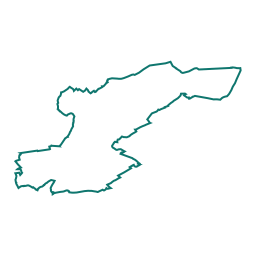 Beekdaelen, Limburg, Netherlands
{"feature_id": "6326949B16660020709385", "entity_name": "Beekdaelen", "entity_type": "district", "adm_level": 2, "iso_a3": "NLD", "parent_name": "Netherlands", "parent_adm1": "Limburg", "projection": "robinson", "projection_center": [5.879, 50.935], "detail": "fine", "context": "isolated", "style": "outline", "palette": "teal", "viewbox_px": 256, "rotation_deg": 0, "n_neighbors": 0, "source": "geoboundaries", "source_scale": "gbopen_adm2", "svg_char_len": 5512}
<svg xmlns="http://www.w3.org/2000/svg" viewBox="0 0 256 256"><path d="M20.4,153.1L21.1,153.5L20.7,154.3L20.2,154.9L19.6,155.0L19.3,155.7L19.1,157.7L19.7,159.7L16.1,160.8L15.4,161.3L17.9,164.4L20.9,167.5L19.9,167.8L17.5,169.1L17.4,169.2L19.7,169.2L20.3,169.4L20.7,169.6L20.8,169.8L21.2,170.7L21.4,171.9L22.1,172.8L21.4,173.7L20.2,175.0L19.2,172.7L15.4,173.3L15.7,173.9L16.1,175.1L16.4,175.8L16.4,176.0L16.4,176.5L15.9,178.7L15.5,179.6L15.5,179.9L15.6,180.6L15.8,181.9L15.9,182.1L16.2,182.4L16.0,182.6L16.0,182.8L16.7,184.7L17.2,185.3L18.1,187.3L18.5,188.0L19.0,187.6L21.0,186.3L22.0,186.1L23.9,185.9L23.9,186.1L25.6,185.9L27.5,185.4L28.4,185.4L29.0,185.6L30.6,186.4L32.5,187.6L33.1,187.2L33.4,187.4L34.2,188.1L35.0,188.6L35.4,188.9L35.6,189.2L35.7,189.5L37.5,190.3L37.7,189.8L37.5,189.7L38.5,188.5L38.4,188.5L39.5,187.5L40.7,186.9L42.3,186.5L42.6,186.3L43.2,185.8L43.4,185.6L43.6,185.2L43.9,185.3L44.3,185.1L44.7,184.4L45.1,184.0L45.2,183.8L45.9,183.3L47.0,182.8L47.2,182.5L48.6,181.4L51.1,180.0L54.6,180.8L54.0,182.1L52.5,184.4L51.8,185.6L50.7,187.9L50.7,188.7L51.0,189.7L50.9,190.6L51.1,191.2L51.7,192.1L51.8,192.1L51.9,192.3L52.2,192.5L52.4,192.5L53.0,192.1L53.3,192.2L52.7,193.5L52.7,194.2L53.2,193.9L53.3,193.4L53.8,193.2L54.1,193.2L55.9,192.7L60.3,191.9L63.0,191.6L63.9,191.4L65.9,190.6L66.8,190.4L67.9,190.5L68.8,191.6L69.1,191.5L69.3,192.3L70.1,192.4L71.4,192.6L73.3,192.7L75.1,192.6L76.7,192.5L84.6,191.1L88.0,190.8L91.7,190.9L94.1,191.3L96.2,191.6L97.6,192.0L97.8,192.0L97.9,191.9L102.7,189.7L103.7,190.4L104.2,190.4L105.6,189.5L105.9,189.1L106.4,188.1L106.7,188.3L107.1,188.7L107.4,188.8L108.7,188.6L109.6,188.3L110.7,188.1L109.5,187.2L108.9,186.5L107.7,185.4L107.2,184.7L110.9,183.1L112.4,181.8L113.7,180.9L114.4,180.5L115.2,180.3L115.9,179.9L118.7,178.2L120.2,177.5L118.1,175.6L124.1,172.4L131.0,168.3L129.7,167.1L132.6,165.4L132.6,165.6L133.8,165.0L133.9,165.4L134.0,165.6L135.0,166.5L135.7,166.7L136.7,166.7L137.1,166.3L139.2,165.2L139.5,165.0L139.4,165.0L139.7,164.7L139.8,164.3L137.9,163.6L138.0,163.4L138.8,163.7L139.5,163.8L139.6,163.6L138.6,162.9L136.4,160.8L134.9,159.7L133.5,159.0L133.3,159.0L132.5,158.2L120.7,153.9L121.3,153.0L121.1,152.9L121.3,152.7L121.6,152.5L121.9,152.7L122.3,152.7L123.8,152.1L124.2,151.6L124.6,151.4L124.4,151.3L123.0,150.5L122.9,150.5L122.7,150.4L122.8,150.4L121.0,149.3L120.6,149.2L118.8,149.3L117.1,149.9L116.7,149.9L116.2,149.8L113.8,148.1L113.1,147.8L112.6,147.3L112.2,146.7L112.1,146.3L112.1,145.8L114.2,142.6L114.8,141.8L115.0,141.8L114.9,141.9L117.3,142.2L117.2,141.7L117.7,139.6L119.4,139.3L119.9,138.6L120.3,138.3L120.4,138.1L121.3,137.3L121.7,136.6L122.3,136.6L123.6,137.1L124.7,137.1L126.4,137.3L127.0,137.2L129.4,136.2L129.5,136.1L129.4,136.0L131.0,134.7L133.0,133.4L134.7,132.5L136.3,131.5L135.1,129.6L136.3,129.5L137.3,128.8L138.7,128.1L139.9,127.4L142.3,126.3L145.1,125.2L145.6,124.9L150.2,123.0L149.7,122.8L149.6,122.5L148.2,120.5L147.3,119.4L151.8,113.5L152.3,113.2L156.5,111.6L157.4,110.9L158.3,109.6L159.4,110.0L161.1,109.1L165.0,107.6L164.8,107.1L168.1,106.0L167.9,105.6L168.6,104.9L171.0,102.9L172.7,101.8L173.7,100.8L174.4,100.4L177.9,98.2L179.5,96.6L180.5,95.6L180.6,95.3L181.0,93.7L185.0,93.6L185.7,94.1L185.2,94.3L184.1,95.4L187.3,97.6L188.9,97.5L189.0,98.7L189.6,98.7L191.1,97.8L191.7,97.5L192.0,97.2L192.7,96.7L192.9,96.8L194.9,95.9L207.9,98.2L213.6,99.4L214.3,99.4L214.5,99.3L215.1,99.3L216.7,99.3L220.3,99.7L220.9,99.1L221.9,98.1L223.2,97.3L224.8,96.7L227.1,96.2L228.1,95.1L229.2,93.8L230.0,92.4L231.3,90.2L232.7,86.9L233.4,85.7L235.0,83.2L236.5,79.5L240.6,70.5L240.6,70.1L240.3,68.1L239.5,68.2L236.8,68.1L235.1,67.7L232.6,67.4L231.2,67.6L231.3,67.9L198.9,69.5L197.0,68.3L196.6,68.2L196.1,68.2L194.4,68.5L188.9,71.4L183.5,72.8L182.6,72.9L182.0,72.7L181.4,72.4L180.9,72.0L180.4,71.2L180.1,71.0L176.0,68.4L176.1,68.2L172.7,66.0L170.5,61.8L165.6,63.3L149.7,65.5L143.6,69.3L139.0,72.7L134.7,74.9L133.4,74.5L131.8,74.8L128.0,76.5L123.8,78.1L122.0,78.6L121.1,78.8L118.9,78.8L117.0,78.6L112.0,78.3L109.4,78.9L108.3,79.3L107.8,79.4L107.3,80.5L107.6,80.6L107.1,81.8L107.6,82.3L106.3,83.2L106.2,83.1L105.8,83.8L103.5,86.3L102.1,86.3L102.3,86.8L102.1,87.2L98.8,88.9L98.6,89.0L98.4,88.9L95.9,91.6L95.7,91.4L94.9,92.0L94.4,91.6L93.9,90.8L92.5,91.7L91.4,92.8L90.6,93.3L88.4,91.5L88.3,90.9L87.9,90.1L86.4,88.6L85.1,90.5L83.2,91.8L79.1,89.1L77.9,90.2L76.3,88.6L73.9,90.9L73.6,89.9L73.0,89.0L72.1,88.4L70.8,87.6L69.8,86.8L68.9,87.5L67.9,88.7L67.4,89.1L64.7,90.9L63.6,91.6L62.4,92.0L62.0,92.2L61.8,92.4L61.1,92.4L60.9,94.2L60.4,95.8L60.1,96.1L59.4,96.6L58.7,97.5L57.7,100.3L57.7,100.7L57.8,101.3L58.2,102.9L57.6,103.6L57.4,104.0L58.0,106.1L58.0,108.1L57.9,108.4L57.8,108.8L58.0,108.8L58.3,109.6L59.0,110.2L58.9,110.3L59.3,110.6L59.6,111.1L59.7,111.3L60.0,111.3L60.3,111.3L62.4,113.3L64.4,114.7L66.2,115.5L66.7,115.6L67.0,115.5L67.2,115.4L67.5,114.8L67.9,114.5L70.4,113.4L70.8,113.3L71.4,113.3L72.5,113.8L72.9,114.1L74.4,116.4L74.2,117.0L73.6,118.8L73.5,120.2L73.5,120.3L73.7,120.5L73.6,121.9L73.4,122.1L73.2,122.3L73.4,122.7L73.0,124.4L72.9,124.4L72.9,124.9L72.9,125.4L73.1,125.9L73.1,126.2L72.6,127.1L72.4,127.5L72.2,127.8L71.4,129.2L71.1,130.2L70.8,130.6L70.7,131.2L70.5,131.5L70.0,132.0L69.8,132.4L69.7,133.0L69.5,133.6L69.2,134.0L68.4,135.4L67.5,136.6L67.7,136.9L66.9,137.1L66.2,137.7L65.4,138.2L64.9,138.6L64.9,138.8L64.4,139.6L63.5,140.8L63.3,141.2L60.7,145.0L59.2,146.2L59.3,146.3L52.1,145.8L51.5,145.6L51.4,145.9L50.1,146.4L49.3,146.6L50.0,149.1L49.6,149.3L37.6,151.1L37.3,150.6L20.4,153.1Z" fill="none" stroke="#0f766e" stroke-width="2"/></svg>